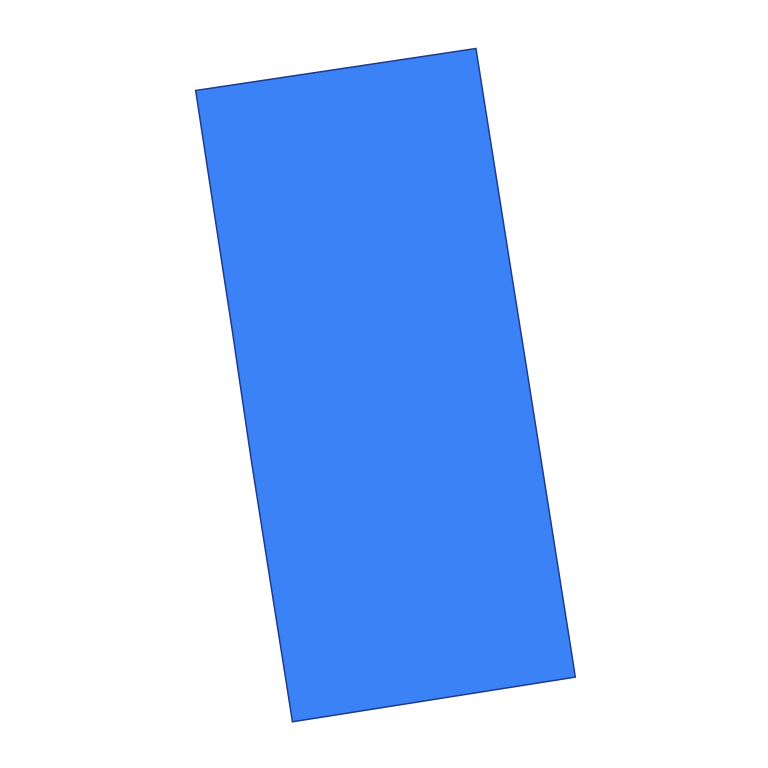 Dickey, North Dakota, United States of America, rotated 81°
{"feature_id": "52423323B72146276319196", "entity_name": "Dickey", "entity_type": "district", "adm_level": 2, "iso_a3": "USA", "parent_name": "United States of America", "parent_adm1": "North Dakota", "projection": "equal_earth", "projection_center": [-98.514, 46.11], "detail": "fine", "context": "isolated", "style": "filled", "palette": "blue", "viewbox_px": 768, "rotation_deg": 81, "n_neighbors": 0, "source": "geoboundaries", "source_scale": "gbopen_adm2", "svg_char_len": 371}
<svg xmlns="http://www.w3.org/2000/svg" viewBox="0 0 768 768"><g transform="rotate(81 384 384)"><path d="M67.0,240.7L64.6,524.1L128.8,524.5L129.4,524.5L244.7,525.2L308.1,525.5L383.9,526.4L443.1,527.0L589.7,527.2L590.3,527.2L663.4,527.2L703.3,527.3L703.4,240.9L685.6,240.8L386.6,240.7L285.3,240.8L67.0,240.7Z" fill="#3b82f6" stroke="#1e3a8a" stroke-width="1.5"/></g></svg>